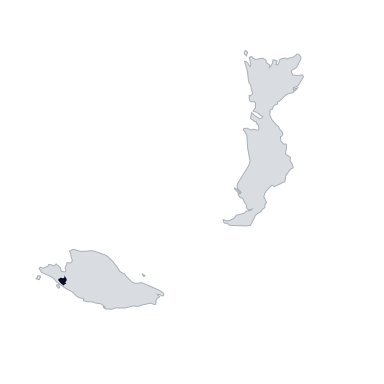 location of Kulim, Kedah, Malaysia, rotated 316°
{"feature_id": "92858781B36918447122584", "entity_name": "Kulim", "entity_type": "district", "adm_level": 2, "iso_a3": "MYS", "parent_name": "Malaysia", "parent_adm1": "Kedah", "projection": "robinson", "projection_center": [100.682, 5.403], "detail": "fine", "context": "in_parent", "style": "filled", "palette": "ink", "viewbox_px": 384, "rotation_deg": 316, "n_neighbors": 0, "source": "geoboundaries", "source_scale": "gbopen_adm2", "svg_char_len": 4800}
<svg xmlns="http://www.w3.org/2000/svg" viewBox="0 0 384 384"><g transform="rotate(316 192 192)"><path d="M335.0,190.7L332.8,190.3L329.7,188.2L326.6,187.4L317.6,187.4L316.3,186.7L314.6,188.0L311.4,186.9L309.6,187.0L307.7,188.3L304.8,187.2L303.4,189.1L301.6,190.3L299.7,195.4L299.3,201.4L299.7,205.2L298.8,207.2L298.4,211.5L297.8,213.4L295.2,214.2L294.1,213.6L291.8,216.2L291.3,217.2L291.2,221.4L293.0,222.7L293.0,223.6L289.3,227.0L286.1,229.0L285.6,230.8L286.9,234.4L286.3,236.1L284.6,237.0L283.4,241.6L281.9,244.6L281.3,244.9L279.1,244.0L270.6,245.3L268.1,247.7L265.6,249.2L263.7,247.8L262.7,247.9L254.8,245.3L254.5,243.0L253.7,242.6L245.4,242.8L240.3,245.2L238.5,251.1L235.7,251.7L233.7,253.7L230.2,253.5L228.0,254.0L224.5,253.1L221.3,252.9L210.8,256.7L207.4,254.0L197.2,243.5L195.8,241.7L195.4,238.5L194.3,237.9L193.9,237.0L193.7,236.1L195.3,233.5L196.9,236.8L199.5,238.7L203.8,240.0L208.0,239.6L213.7,243.0L215.6,243.6L217.6,243.3L221.2,246.0L223.4,246.1L220.5,244.2L220.0,242.8L220.3,241.3L222.2,239.2L222.4,236.0L223.8,232.7L224.1,231.2L223.1,230.1L222.9,228.1L223.7,225.3L225.6,226.7L227.2,226.4L227.2,221.4L228.4,219.2L230.4,217.7L249.9,212.7L253.2,211.5L255.3,210.0L262.4,199.3L270.8,189.3L271.9,185.7L271.8,183.2L272.3,182.7L273.2,182.3L275.0,183.6L276.0,184.6L277.8,188.9L279.4,189.0L282.2,193.2L282.8,193.7L283.6,193.4L285.8,190.8L286.3,188.8L285.9,188.5L286.9,186.3L286.0,184.9L285.2,179.8L290.1,176.2L290.1,180.3L291.6,186.3L294.0,187.2L295.3,186.8L294.6,185.0L294.3,181.5L293.7,179.2L292.1,176.2L296.2,175.5L299.4,172.3L299.8,170.3L297.8,169.1L297.0,167.6L296.9,166.0L300.2,162.2L300.5,163.2L302.6,163.6L303.6,163.5L305.0,162.0L305.7,159.7L308.1,156.6L309.5,151.7L315.6,143.9L320.5,134.5L321.5,135.3L321.8,137.8L320.8,142.2L323.0,141.1L326.7,134.9L328.9,135.9L328.8,137.6L329.7,140.8L335.9,144.8L336.8,148.8L335.4,150.3L336.0,154.2L335.5,155.4L333.5,156.6L339.0,155.4L342.3,153.2L344.3,157.0L341.1,158.5L341.8,160.1L344.8,159.2L346.6,157.8L348.4,158.1L351.3,159.7L352.2,160.5L352.7,162.4L354.8,163.1L359.1,165.6L363.0,165.6L364.4,166.9L364.3,170.2L362.3,172.2L354.2,174.9L352.1,174.8L349.1,173.8L347.0,174.4L345.7,177.6L348.1,180.8L352.3,184.1L352.9,184.9L352.1,186.6L342.6,189.1L340.6,188.9L337.1,187.3L335.0,190.7ZM27.9,145.4L28.9,140.9L30.4,140.6L31.9,143.3L36.9,145.3L38.4,144.7L39.1,145.1L39.8,145.8L41.2,149.4L44.3,149.4L44.7,155.1L43.3,157.3L43.1,158.8L45.4,161.5L46.7,160.9L47.9,158.5L53.2,156.1L55.3,158.7L57.3,158.7L58.7,157.7L59.8,154.7L61.9,152.3L62.7,149.4L65.8,150.2L66.9,150.8L70.4,157.0L74.9,161.3L78.2,163.7L80.3,166.0L85.9,177.2L86.6,180.8L86.8,186.3L86.0,194.6L85.0,198.7L85.2,200.7L86.6,203.7L86.1,206.5L86.3,215.4L88.0,218.6L92.9,222.4L100.1,239.5L101.3,244.4L100.6,246.2L99.3,246.7L98.2,245.7L97.6,243.4L95.9,241.5L96.1,244.9L93.0,244.4L90.8,245.0L88.3,247.3L87.1,247.4L84.9,243.1L76.8,238.1L73.8,236.9L70.6,233.2L63.6,229.1L59.1,225.0L57.1,222.6L52.5,220.4L50.6,217.8L48.6,216.4L49.6,213.8L48.7,209.0L45.4,204.7L43.8,201.6L40.8,198.6L38.4,194.8L39.8,193.7L37.4,189.6L36.6,186.7L36.6,181.1L34.1,173.3L32.0,162.5L32.4,158.7L31.8,154.6L27.9,145.4ZM326.9,131.0L325.8,132.0L325.5,129.1L327.0,127.6L329.0,127.3L329.1,129.9L328.6,130.6L326.9,131.0ZM23.1,145.0L24.4,147.1L23.5,148.3L22.7,148.0L21.3,149.0L19.8,146.9L19.6,145.9L21.4,146.1L23.1,145.0ZM226.3,225.7L225.7,226.0L224.9,225.3L224.7,219.2L225.3,218.7L226.1,219.9L226.3,225.7ZM31.8,166.0L30.4,168.9L29.2,168.6L29.4,165.3L30.1,164.9L31.8,166.0ZM340.4,190.4L338.0,190.8L336.3,190.8L336.5,189.1L337.3,188.9L340.4,190.4ZM100.1,219.4L98.8,219.5L98.5,218.7L99.4,216.6L100.1,219.4ZM49.0,214.3L48.1,214.7L48.2,213.4L48.9,212.7L49.0,214.3Z" fill="#d9dde1" stroke="#a8b0b8" stroke-width="1"/><path d="M41.0,165.7L40.9,165.8L40.7,165.8L40.6,166.0L40.4,166.1L40.2,166.2L40.2,166.3L40.0,166.2L39.9,166.2L39.9,165.9L39.7,165.9L39.7,166.0L39.4,166.0L39.2,166.1L38.9,166.0L38.8,165.9L38.7,165.9L38.6,165.7L38.6,165.4L38.4,165.3L38.3,165.2L38.2,165.1L38.1,164.9L38.1,164.7L38.2,164.4L38.3,164.4L38.2,164.3L38.1,164.2L38.0,163.9L37.9,163.9L37.9,163.7L37.8,163.4L37.7,163.3L37.5,163.2L37.4,163.2L37.2,163.2L37.1,162.9L36.9,162.9L36.9,163.0L36.7,163.0L36.4,163.2L36.2,163.3L35.9,163.4L35.9,163.5L35.7,163.5L35.6,163.4L35.5,163.2L35.4,163.2L35.3,162.9L35.2,163.0L35.0,165.6L35.0,166.9L35.2,168.4L35.3,169.2L35.5,169.1L35.8,169.0L36.0,169.1L36.8,169.4L36.9,169.0L37.0,169.1L37.0,168.9L37.0,168.7L37.3,168.7L37.3,168.8L37.2,168.9L37.3,168.9L37.5,168.7L37.4,168.6L37.5,168.5L37.7,168.4L37.8,168.4L38.0,168.2L37.9,168.1L38.0,167.7L37.9,167.6L38.1,167.6L38.3,167.5L38.5,167.6L38.5,167.8L38.5,168.0L38.8,168.0L38.8,167.9L39.0,167.9L39.3,167.9L39.5,167.9L39.8,167.7L40.0,167.8L40.1,167.7L40.3,167.4L40.5,167.3L40.6,167.2L40.7,166.8L40.8,166.6L40.9,166.3L40.9,166.2L41.0,165.7Z" fill="#0f172a" stroke="#020617" stroke-width="1.5"/></g></svg>